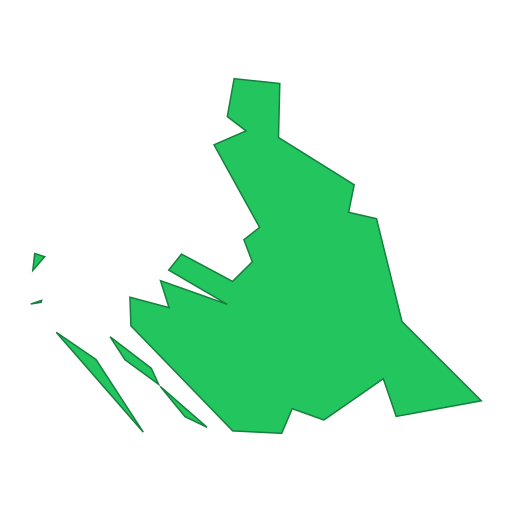 the County of Zadarska
{"feature_id": "HRV-1493", "entity_name": "Zadarska", "entity_type": "County", "adm_level": 1, "iso_a3": "HRV", "parent_name": "Croatia", "parent_adm1": "", "projection": "equal_earth", "projection_center": [15.553, 44.407], "detail": "coarse", "context": "isolated", "style": "filled", "palette": "green", "viewbox_px": 512, "rotation_deg": 0, "n_neighbors": 0, "source": "natural_earth", "source_scale": "10m", "svg_char_len": 723}
<svg xmlns="http://www.w3.org/2000/svg" viewBox="0 0 512 512"><path d="M279.8,83.5L278.5,137.5L354.2,184.8L348.6,212.3L376.5,218.7L402.0,321.6L481.3,400.8L396.2,416.4L383.3,378.7L323.9,420.0L292.2,408.7L281.7,433.3L232.7,430.9L130.9,325.8L129.9,297.2L169.0,307.6L160.5,280.7L227.2,304.3L168.7,270.1L181.5,254.1L232.5,281.4L252.3,261.8L243.9,239.7L259.6,227.4L214.0,144.8L246.0,130.9L227.3,116.6L234.1,78.7L279.8,83.5ZM96.0,359.5L143.3,432.2L56.2,332.3L96.0,359.5ZM185.0,416.7L160.3,386.5L207.1,427.3L185.0,416.7ZM158.6,384.3L125.0,359.8L110.1,336.8L151.3,368.3L158.6,384.3ZM44.7,256.7L32.8,270.4L34.7,253.5L44.7,256.7ZM30.7,304.0L41.6,300.4L41.1,302.3L30.7,304.0Z" fill="#22c55e" stroke="#15803d" stroke-width="1.5"/></svg>